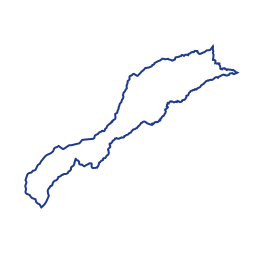 outline of Mathioya, Central, Kenya, rotated 314°
{"feature_id": "3690345B56624904262086", "entity_name": "Mathioya", "entity_type": "district", "adm_level": 2, "iso_a3": "KEN", "parent_name": "Kenya", "parent_adm1": "Central", "projection": "albers", "projection_center": [36.931, -0.636], "detail": "fine", "context": "isolated", "style": "outline", "palette": "blue", "viewbox_px": 256, "rotation_deg": 314, "n_neighbors": 0, "source": "geoboundaries", "source_scale": "gbopen_adm2", "svg_char_len": 5940}
<svg xmlns="http://www.w3.org/2000/svg" viewBox="0 0 256 256"><g transform="rotate(314 128 128)"><path d="M240.3,166.7L242.9,167.9L243.8,168.2L243.6,167.6L242.8,167.0L243.2,165.9L242.8,163.3L242.2,163.0L241.3,161.4L240.3,160.3L239.6,159.1L239.0,158.7L238.4,158.9L238.2,158.5L238.4,157.2L238.1,156.1L237.7,156.2L237.1,155.0L236.4,154.8L235.6,155.0L235.3,154.5L235.2,153.9L234.8,153.5L235.0,153.0L235.4,152.8L236.6,151.0L237.0,149.7L236.9,149.2L237.8,148.9L237.3,148.0L235.9,147.1L235.5,145.9L235.2,145.7L237.0,144.4L237.2,143.9L236.7,142.6L236.0,141.8L236.3,141.4L237.3,141.0L240.2,138.6L240.8,137.0L242.5,136.1L243.2,134.8L244.5,133.4L245.5,132.8L245.8,132.3L241.7,132.9L240.5,132.5L238.5,130.7L235.6,130.3L234.5,129.6L233.5,129.4L233.1,129.1L232.5,129.0L231.7,128.4L231.1,128.3L230.8,127.7L230.7,125.6L230.9,125.2L231.5,124.9L231.5,124.3L231.1,124.0L230.0,122.5L229.4,122.4L228.4,122.7L227.9,122.4L227.5,121.5L226.9,121.4L226.5,121.0L224.6,120.8L223.6,120.2L223.1,120.2L222.6,120.6L222.1,120.7L221.6,119.4L220.4,118.3L218.7,118.2L218.6,116.9L218.0,116.0L217.3,116.0L216.6,116.2L214.8,115.1L214.2,114.9L211.9,113.2L210.8,113.5L209.8,114.2L208.5,113.4L207.4,113.3L207.0,112.7L206.8,111.5L205.8,110.0L205.6,108.8L203.3,107.0L202.2,105.1L201.6,104.5L200.5,104.5L199.5,104.1L199.0,104.2L196.7,103.1L193.1,102.0L192.0,102.5L191.4,102.4L190.3,101.8L189.9,102.1L188.6,102.1L185.6,100.8L185.0,100.1L184.1,99.7L183.6,99.4L183.4,98.9L182.8,98.7L181.1,99.0L180.4,98.8L178.7,98.8L178.2,98.5L177.0,98.7L172.4,98.7L171.8,98.2L171.2,95.3L171.0,94.6L170.4,94.2L168.2,94.1L167.7,93.6L166.6,93.3L165.6,93.6L164.5,95.0L164.0,95.3L162.6,95.4L162.1,95.2L161.5,95.2L160.9,95.6L160.1,96.5L157.4,97.6L155.7,99.6L154.1,99.7L151.9,100.3L150.1,100.4L148.1,101.6L147.4,102.9L145.8,103.9L144.4,104.0L142.6,104.8L142.2,105.2L139.9,105.3L139.3,105.5L137.0,106.8L136.5,106.8L135.3,107.9L133.2,108.5L132.8,108.9L132.4,109.0L132.0,109.4L131.5,109.6L130.5,109.5L129.4,109.0L128.8,109.4L126.7,111.9L125.7,112.4L124.7,112.3L123.6,111.9L123.0,112.2L122.0,111.8L121.5,112.3L120.9,112.3L120.3,111.9L119.8,111.9L119.5,112.2L117.0,111.7L115.1,111.6L113.0,112.5L111.8,112.2L111.0,112.4L110.0,113.0L109.3,113.0L108.8,112.7L108.2,111.5L107.7,111.2L106.6,111.3L106.1,110.9L104.8,110.4L102.7,110.5L101.6,110.0L99.8,109.5L99.3,109.6L97.3,110.7L96.1,110.5L88.1,103.7L87.6,103.4L86.9,103.4L83.3,103.7L76.1,99.1L74.6,97.6L69.5,96.6L68.1,96.2L67.7,95.8L67.5,95.2L66.9,90.6L65.0,90.2L63.6,89.4L62.6,89.1L61.3,89.4L59.6,90.2L58.6,90.3L56.3,90.0L52.0,88.3L49.7,88.1L43.4,88.7L41.0,89.4L39.6,89.0L38.5,88.9L33.8,90.5L32.6,90.2L31.2,89.3L29.7,89.4L28.6,89.3L27.3,88.4L26.1,88.0L25.5,87.8L24.3,88.1L19.4,90.4L18.6,92.3L18.2,92.8L17.8,93.1L15.3,94.1L14.6,94.8L13.3,97.1L11.0,98.5L10.3,99.4L10.2,100.0L10.3,101.0L11.5,103.9L11.0,105.6L10.9,107.3L11.0,107.8L12.5,111.0L11.1,113.0L10.9,115.2L11.6,117.2L11.6,117.7L10.7,120.8L12.5,121.0L15.0,121.0L18.2,120.4L23.4,118.5L24.3,118.1L25.4,115.9L27.0,113.9L27.6,113.5L30.2,112.9L30.6,113.1L31.8,112.6L32.5,112.6L33.3,113.2L33.8,113.0L34.3,113.2L36.2,112.1L37.7,111.8L39.0,111.9L40.5,112.7L42.0,112.8L43.1,112.6L44.3,111.9L45.3,112.5L46.5,112.9L48.1,113.0L48.5,113.4L49.4,113.7L49.9,113.6L52.1,115.4L53.2,115.9L54.1,116.0L55.4,115.4L56.0,115.8L57.0,116.0L58.6,115.8L58.9,115.3L60.2,114.4L63.3,114.9L64.3,114.6L64.8,114.4L66.2,113.3L66.8,113.2L67.8,112.5L68.4,112.4L69.4,111.8L69.6,112.4L69.3,113.8L69.9,114.8L69.8,116.0L69.5,116.5L68.3,117.8L68.3,118.4L68.7,119.4L69.7,120.3L69.9,122.7L70.1,123.2L73.7,124.1L74.6,124.7L75.7,124.7L76.8,125.8L77.1,126.4L76.9,126.8L74.9,128.7L74.6,129.5L74.6,130.3L76.7,132.3L77.3,132.7L77.9,132.8L78.1,133.3L81.0,132.6L83.1,131.3L84.0,131.7L85.0,131.5L86.3,131.7L86.7,132.0L87.2,132.0L87.7,132.2L88.5,131.5L89.0,131.4L89.5,131.5L89.7,131.9L90.6,132.5L93.4,131.9L94.9,132.3L96.2,131.9L97.1,131.2L97.3,130.6L98.1,129.9L98.4,128.9L98.8,128.4L102.1,128.4L102.9,127.3L103.0,126.6L104.1,125.7L104.8,126.4L105.5,126.4L106.9,126.4L108.0,125.9L110.3,126.4L111.4,126.0L111.8,126.4L112.8,126.8L112.7,127.3L113.0,127.7L114.0,129.0L115.0,129.2L116.0,129.8L116.7,129.8L117.3,130.7L118.1,131.4L118.7,131.5L119.7,131.0L120.2,131.4L121.6,131.6L123.2,132.5L124.2,132.6L124.7,132.4L126.8,133.2L128.4,132.8L129.0,132.9L130.6,132.8L132.0,133.8L133.6,134.1L134.2,134.5L134.8,134.3L135.3,134.5L135.9,134.2L136.6,134.1L137.5,134.4L138.8,134.4L140.5,133.9L141.4,134.4L142.0,134.5L142.6,134.4L143.0,134.5L144.1,135.4L144.4,136.0L144.7,138.4L145.7,140.9L146.7,142.8L147.0,142.4L148.0,142.3L148.4,142.6L148.5,143.5L150.6,143.3L151.2,143.5L151.9,144.4L152.4,144.5L152.5,145.0L153.3,145.4L154.5,145.3L155.2,145.7L155.5,145.3L156.0,145.7L156.3,145.2L156.9,145.2L157.3,144.9L157.7,145.2L158.2,145.2L159.2,144.8L160.5,144.8L161.0,144.9L161.3,145.2L161.9,145.0L162.5,145.0L163.7,144.5L165.0,144.4L166.2,143.7L166.6,142.4L167.1,141.9L167.7,142.2L170.4,142.4L170.8,142.0L170.8,141.3L170.4,140.9L171.8,139.9L172.4,139.8L173.2,139.4L173.4,139.9L173.7,140.2L174.2,139.6L174.5,140.0L175.0,140.1L176.4,139.9L176.9,140.2L177.1,141.0L177.7,141.2L178.3,143.2L180.3,144.2L180.3,144.8L180.7,145.2L181.4,145.2L181.9,144.9L182.5,146.4L182.4,146.9L182.7,147.3L184.1,148.2L184.7,148.3L185.2,147.9L185.8,147.8L187.1,148.8L187.8,148.9L188.3,149.2L190.6,148.6L191.7,147.6L192.2,147.8L192.9,148.4L193.4,148.5L195.7,147.5L197.0,147.7L197.9,147.4L199.0,147.8L199.4,148.2L200.6,148.4L201.0,149.1L201.7,149.2L202.3,149.1L202.7,149.4L202.8,150.2L203.3,150.5L205.0,150.4L205.5,150.7L207.4,151.4L208.1,151.4L209.2,151.0L212.7,151.8L213.4,151.6L214.5,151.8L215.8,151.6L216.6,152.1L217.5,152.3L218.0,152.6L218.1,153.1L218.8,153.2L220.2,154.0L220.8,155.0L221.2,155.2L222.7,155.5L224.0,155.5L225.5,155.9L226.4,156.6L226.4,157.5L226.8,158.0L228.0,157.7L229.5,158.4L231.4,158.9L232.4,159.4L232.9,159.7L233.1,160.7L233.6,160.9L234.0,162.2L234.3,162.6L236.2,163.7L236.6,163.7L237.0,163.4L238.0,163.4L240.1,165.1L240.0,166.2L240.3,166.7Z" fill="none" stroke="#1e3a8a" stroke-width="2"/></g></svg>